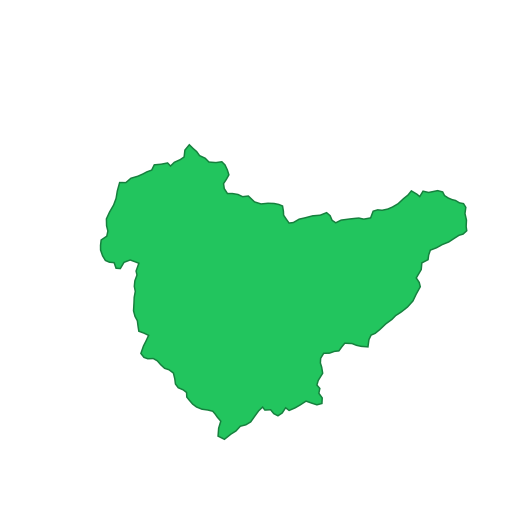 outline of Mairiporã, São Paulo, Brazil, rotated 217°
{"feature_id": "56859067B71773978858483", "entity_name": "Mairiporã", "entity_type": "district", "adm_level": 2, "iso_a3": "BRA", "parent_name": "Brazil", "parent_adm1": "São Paulo", "projection": "equal_earth", "projection_center": [-46.564, -23.328], "detail": "fine", "context": "isolated", "style": "filled", "palette": "green", "viewbox_px": 512, "rotation_deg": 217, "n_neighbors": 0, "source": "geoboundaries", "source_scale": "gbopen_adm2", "svg_char_len": 2745}
<svg xmlns="http://www.w3.org/2000/svg" viewBox="0 0 512 512"><g transform="rotate(217 256 256)"><path d="M142.3,141.6L140.6,146.4L141.0,152.6L136.6,152.6L133.4,158.2L131.1,163.6L128.7,170.2L123.0,172.0L117.8,173.8L114.6,177.9L117.7,182.5L123.2,184.2L125.3,188.6L129.7,189.6L131.4,194.0L132.2,202.5L136.6,206.7L140.2,209.3L142.8,213.2L143.4,219.0L138.8,222.7L136.0,227.0L132.7,230.1L132.8,235.2L132.6,239.8L126.6,243.9L122.1,245.1L117.5,247.2L111.9,250.8L115.5,257.2L116.5,262.1L114.3,265.9L112.9,271.5L111.5,279.9L109.3,287.1L108.6,292.5L106.3,298.8L104.3,306.5L103.6,314.5L105.1,321.9L106.3,330.3L109.7,333.1L114.8,334.9L115.9,344.6L119.4,350.3L116.4,356.6L118.7,360.7L120.3,365.6L116.8,371.2L114.2,377.1L110.5,383.2L108.2,389.7L106.3,394.8L103.8,398.1L102.9,403.0L105.9,406.0L109.5,411.3L114.7,415.7L117.7,421.1L121.8,422.7L125.5,420.9L130.1,420.4L133.4,419.0L137.4,418.0L141.8,417.7L145.5,419.5L150.3,417.5L156.4,410.6L161.6,408.3L161.0,402.0L164.6,402.2L171.1,401.5L171.3,396.1L172.7,390.6L174.0,383.2L176.5,377.2L179.0,372.8L182.8,368.4L186.6,366.1L189.4,362.3L187.4,355.4L192.1,350.3L196.7,348.2L199.7,345.5L203.5,341.9L209.6,335.9L212.3,330.5L216.7,330.3L221.1,332.8L225.7,333.1L229.3,327.2L234.9,322.2L239.8,316.0L243.7,311.4L246.3,305.2L249.4,302.2L253.6,303.5L258.5,305.2L261.1,308.3L264.9,311.9L268.8,310.9L273.2,308.8L278.2,305.3L283.3,300.6L289.8,298.3L298.2,299.3L302.4,295.3L307.4,294.3L312.4,291.7L316.4,288.7L321.9,290.7L325.5,294.3L325.8,299.3L326.5,304.5L330.7,307.5L335.6,310.1L340.0,310.7L344.2,306.5L350.1,302.7L355.4,303.5L361.5,302.2L366.3,303.7L370.9,304.0L376.2,304.7L376.5,297.8L373.0,291.8L374.5,287.4L377.6,281.7L378.4,276.4L382.6,277.1L387.0,272.2L392.1,267.6L391.0,261.8L393.8,257.5L395.6,253.6L398.3,248.7L402.7,242.8L404.1,236.3L409.1,232.6L405.9,224.5L402.4,217.8L400.4,211.1L399.4,203.0L397.8,195.6L393.5,190.2L389.3,186.8L387.1,182.0L389.3,175.6L386.6,171.0L383.7,167.2L378.6,163.8L373.6,161.8L369.4,162.8L365.3,165.3L360.4,162.0L356.8,164.3L357.6,171.5L354.1,177.1L349.2,178.6L345.2,179.7L342.7,171.8L339.6,169.2L337.8,163.3L334.9,158.5L331.1,155.1L328.4,149.7L325.0,144.8L320.8,138.5L316.2,134.9L311.8,132.9L307.8,128.8L304.3,125.4L299.0,127.0L294.0,128.0L292.8,122.6L291.7,116.4L289.3,108.9L284.5,107.6L280.6,108.8L276.3,112.3L271.7,112.9L266.5,111.8L261.4,111.3L257.0,112.8L251.5,112.8L246.9,109.0L243.3,105.3L238.8,104.0L233.5,105.3L229.3,105.2L226.4,101.7L222.5,100.7L217.5,99.6L212.7,99.6L207.0,101.1L201.8,104.0L197.1,106.0L193.5,105.2L189.8,104.0L184.7,102.9L182.2,96.0L177.9,89.3L170.9,90.6L168.8,98.8L166.7,104.2L166.1,110.6L162.5,115.1L160.4,120.3L160.6,127.7L160.7,134.1L159.8,139.3L156.2,138.3L151.8,142.0L146.9,140.8L142.3,141.6Z" fill="#22c55e" stroke="#15803d" stroke-width="1.5"/></g></svg>